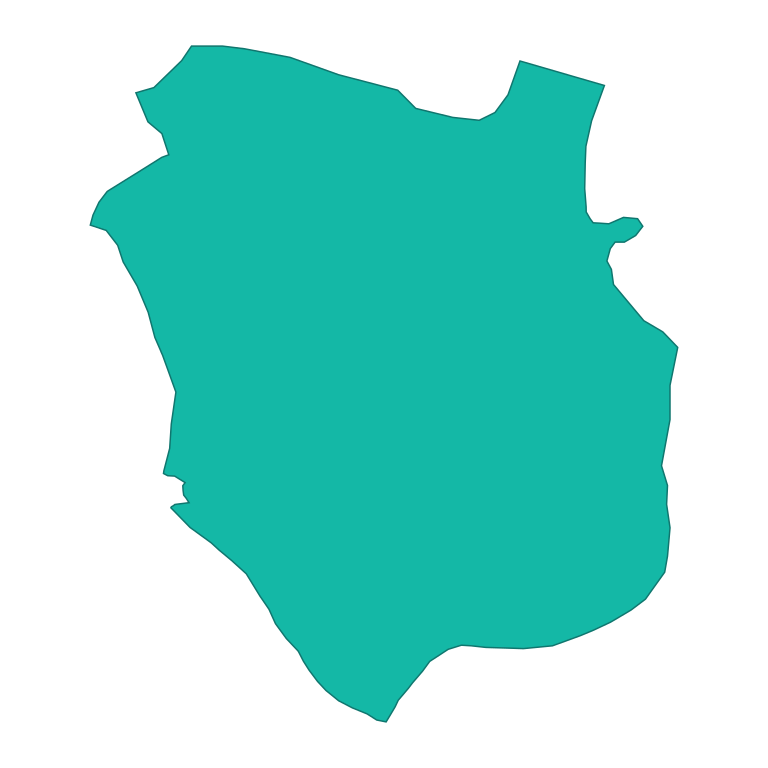 outline of Kaltungo, Gombe, Nigeria
{"feature_id": "59680162B43215766185997", "entity_name": "Kaltungo", "entity_type": "district", "adm_level": 2, "iso_a3": "NGA", "parent_name": "Nigeria", "parent_adm1": "Gombe", "projection": "orthographic", "projection_center": [11.405, 9.843], "detail": "fine", "context": "isolated", "style": "filled", "palette": "teal", "viewbox_px": 768, "rotation_deg": 0, "n_neighbors": 0, "source": "geoboundaries", "source_scale": "gbopen_adm2", "svg_char_len": 1832}
<svg xmlns="http://www.w3.org/2000/svg" viewBox="0 0 768 768"><path d="M386.1,721.9L390.1,715.3L395.2,706.7L398.2,700.3L408.3,688.4L412.4,683.0L422.6,671.1L429.7,661.4L448.2,649.3L461.4,645.2L471.3,645.8L485.8,647.4L512.1,648.2L523.4,648.6L537.9,647.2L552.5,645.8L580.5,635.6L593.9,630.0L599.2,627.5L610.5,622.2L631.1,610.0L645.5,599.1L651.4,590.8L664.7,572.2L667.0,559.0L667.5,556.2L670.0,528.0L670.0,527.6L666.6,504.3L667.5,485.5L661.5,465.8L670.0,419.6L670.0,385.4L677.6,348.0L677.7,347.4L662.8,331.9L643.8,320.7L626.2,299.7L613.5,284.5L611.4,269.4L606.9,261.0L610.3,248.6L615.1,242.1L624.4,242.1L635.7,235.5L642.8,226.3L637.6,218.7L623.5,217.4L608.8,223.8L600.2,223.2L593.1,222.8L590.1,218.7L586.2,212.0L586.1,206.7L584.7,188.7L585.2,163.3L585.9,146.3L591.6,120.8L604.4,85.5L520.0,61.0L508.0,94.8L495.0,112.5L479.2,120.3L452.7,117.4L415.7,108.4L397.7,90.2L347.9,77.2L338.4,74.7L290.1,57.4L244.6,48.8L222.6,46.1L191.5,46.1L181.7,60.6L153.9,87.6L135.9,92.8L147.4,120.5L148.0,121.9L161.9,133.6L168.8,154.8L166.0,155.8L161.7,157.4L144.2,168.4L108.5,190.6L107.2,191.5L106.1,192.9L99.0,202.2L93.0,215.1L90.3,225.1L106.2,230.4L117.7,245.3L123.2,262.0L137.2,286.0L148.2,312.3L154.9,337.5L160.9,351.3L161.0,351.7L162.6,355.3L167.9,369.9L175.9,392.1L171.3,423.9L169.7,448.3L163.9,470.7L163.5,473.5L167.7,475.7L174.7,476.1L175.1,476.4L185.1,482.6L182.8,485.7L183.1,490.6L183.7,495.1L186.3,498.4L189.0,502.7L184.1,503.3L180.1,503.8L176.8,504.2L176.2,504.3L174.8,504.5L173.5,505.6L171.4,506.8L170.9,507.8L190.1,527.5L211.3,542.9L219.0,550.0L231.5,560.4L246.3,573.8L260.4,596.8L260.8,597.3L269.0,609.3L275.5,623.7L286.3,638.5L298.0,650.9L298.8,652.2L302.8,660.0L303.4,661.2L308.8,669.7L309.2,670.3L317.6,681.5L326.0,690.5L338.7,700.8L352.4,707.9L367.1,713.9L376.7,720.0L386.1,721.9Z" fill="#14b8a6" stroke="#0f766e" stroke-width="1.5"/></svg>